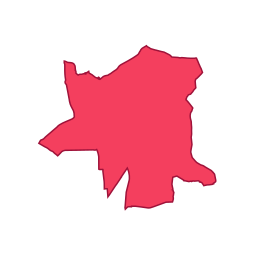 Dijk en Waard, Noord-Holland, Netherlands (Mercator projection), rotated 340°
{"feature_id": "6326949B1679798000878", "entity_name": "Dijk en Waard", "entity_type": "district", "adm_level": 2, "iso_a3": "NLD", "parent_name": "Netherlands", "parent_adm1": "Noord-Holland", "projection": "mercator", "projection_center": [4.81, 52.682], "detail": "fine", "context": "isolated", "style": "filled", "palette": "rose", "viewbox_px": 256, "rotation_deg": 340, "n_neighbors": 0, "source": "geoboundaries", "source_scale": "gbopen_adm2", "svg_char_len": 5533}
<svg xmlns="http://www.w3.org/2000/svg" viewBox="0 0 256 256"><g transform="rotate(340 128 128)"><path d="M189.4,209.7L189.3,209.2L191.8,208.5L192.0,208.4L192.1,208.2L192.3,207.9L192.6,207.1L193.5,201.2L193.5,200.9L192.9,199.2L192.8,198.9L192.7,198.5L192.5,198.4L191.9,196.8L191.5,196.2L191.0,195.6L187.6,191.5L187.2,191.0L186.1,189.5L185.5,188.9L185.0,188.5L184.6,188.2L183.6,187.4L180.8,184.0L180.0,182.3L178.3,177.9L178.3,176.7L178.6,173.0L178.8,171.9L179.8,170.0L182.3,165.7L182.5,165.2L183.8,160.0L183.9,159.5L184.1,158.6L184.2,158.3L185.4,156.1L185.8,155.2L186.9,151.9L187.6,150.2L188.1,148.8L188.3,148.0L188.8,146.2L189.0,145.5L189.5,144.0L189.7,142.8L189.8,141.4L189.9,140.6L190.0,139.9L190.4,138.4L190.6,137.7L191.6,135.8L191.9,135.4L192.2,135.0L193.1,134.3L193.7,133.9L195.4,131.6L195.7,131.4L195.6,130.8L194.4,127.1L193.3,123.8L193.2,123.8L193.1,123.5L192.5,121.8L192.5,121.7L192.2,121.5L192.2,121.4L192.4,120.7L192.5,120.6L193.3,119.8L193.9,119.0L195.4,118.1L195.7,117.7L196.3,117.5L198.2,117.6L198.4,117.6L201.3,116.0L202.7,114.9L203.0,114.7L205.4,113.5L205.5,113.4L205.7,112.4L206.2,110.4L207.0,107.5L207.0,107.2L207.2,106.9L208.2,105.4L208.4,105.3L210.0,104.8L212.6,103.6L213.8,103.0L215.1,102.4L216.5,101.6L217.0,101.3L217.0,100.9L217.0,99.3L217.0,98.6L217.0,97.8L217.0,97.3L216.7,94.8L216.7,93.9L216.5,91.6L216.5,90.6L216.4,88.5L216.3,87.9L216.3,86.9L216.2,85.9L216.2,85.7L215.6,85.4L214.4,85.3L214.1,85.1L213.8,85.0L213.2,84.8L210.2,83.7L207.6,82.6L206.8,82.2L205.5,81.6L202.7,80.3L202.4,80.2L201.6,80.1L201.0,79.9L200.5,79.7L199.1,78.8L194.5,76.8L194.2,76.7L193.6,76.4L193.4,76.1L192.7,74.5L192.4,74.0L191.5,72.9L189.7,71.0L188.0,69.2L187.8,69.0L186.5,68.2L185.4,67.5L182.2,65.3L181.2,64.6L180.1,63.9L176.8,61.5L176.2,61.0L175.6,60.0L175.1,59.5L174.0,58.2L173.7,57.7L173.5,57.0L169.3,57.8L168.5,58.0L167.7,58.4L166.9,58.8L166.6,59.1L165.5,60.1L165.1,60.3L163.4,61.8L162.7,62.3L161.0,62.8L158.2,63.5L156.0,64.0L151.0,64.9L143.1,66.1L142.6,66.2L141.7,66.5L140.9,66.8L139.8,67.5L138.9,68.2L138.0,68.7L136.7,69.2L133.7,69.9L130.3,70.9L129.0,71.1L128.3,71.2L127.9,71.4L127.1,71.5L126.7,71.5L126.4,71.4L124.5,71.1L124.0,71.1L123.3,71.1L122.6,71.2L122.3,71.2L120.5,71.9L119.5,72.3L118.3,72.7L117.8,72.5L117.5,72.3L117.3,72.1L117.1,71.8L118.3,71.3L117.8,70.2L117.7,70.2L116.3,70.7L116.2,70.5L115.2,69.8L114.8,69.4L114.0,68.3L113.6,67.6L113.4,67.2L113.1,66.9L112.8,66.3L112.6,65.9L111.1,64.1L110.5,63.4L110.3,63.2L110.3,62.3L110.5,61.3L110.3,61.3L108.8,61.8L108.5,61.8L108.4,61.8L108.3,62.0L106.8,61.6L106.9,62.2L106.9,62.7L106.7,62.7L106.4,62.6L105.5,62.0L105.3,61.9L103.4,61.7L102.8,61.7L102.1,61.4L100.8,61.0L100.6,61.0L99.4,61.2L99.2,61.1L98.5,60.0L97.8,58.6L97.9,58.4L98.2,57.8L98.3,57.6L98.4,56.5L98.4,56.4L98.2,56.0L98.2,55.7L98.3,55.5L98.4,55.4L98.5,55.4L98.6,54.8L99.1,53.0L99.3,52.2L99.4,51.8L99.4,51.5L99.4,50.9L99.1,49.8L99.0,49.1L98.6,48.6L97.7,47.7L97.0,47.3L96.1,46.8L93.9,45.8L93.3,45.3L92.2,44.2L91.8,43.8L91.0,43.3L90.3,45.1L90.4,45.4L90.4,46.0L90.4,46.3L90.2,46.9L90.0,47.7L89.8,48.1L89.6,48.8L88.3,52.3L87.2,55.7L86.9,56.8L86.5,58.3L85.8,61.6L85.6,61.9L85.5,62.1L85.0,62.6L84.7,63.0L84.5,63.6L84.4,64.4L84.4,64.6L84.5,65.0L84.8,65.8L84.9,66.0L84.9,66.5L83.8,73.5L82.5,81.3L82.2,82.7L82.0,84.6L81.9,85.7L81.9,86.3L82.0,88.3L82.3,90.6L82.5,92.0L82.6,92.9L82.6,93.6L82.5,94.6L82.4,95.5L82.2,96.3L81.5,98.5L81.4,98.9L81.4,99.2L80.7,99.7L80.0,100.0L78.9,100.3L78.5,100.4L73.1,100.7L71.3,100.8L68.5,101.0L65.2,101.5L64.0,101.8L63.3,102.0L61.2,103.0L60.1,103.4L47.6,108.1L46.3,108.7L44.7,109.5L44.4,109.4L43.7,109.5L43.3,109.6L42.5,109.5L41.9,109.6L41.6,109.7L41.2,110.0L39.0,111.9L43.4,117.2L44.6,118.4L45.5,119.5L45.7,119.8L47.2,122.3L47.7,122.9L48.2,123.4L48.9,124.0L49.4,124.6L49.7,125.1L49.8,125.5L50.5,126.9L51.5,128.4L52.4,130.1L53.8,129.5L57.2,127.8L57.8,127.5L58.5,127.4L59.3,127.3L59.7,127.3L60.7,127.4L61.7,127.6L63.3,128.2L64.2,128.5L67.7,129.7L74.0,131.9L87.4,136.5L87.8,136.6L88.5,137.1L89.9,137.6L91.2,137.5L91.3,138.9L91.3,140.6L91.1,142.6L90.8,144.4L90.7,144.9L90.4,145.8L86.5,156.7L86.5,156.8L86.7,157.0L86.8,157.1L87.2,157.3L89.4,158.1L89.7,158.2L89.9,158.2L90.2,158.4L90.1,158.8L90.0,159.2L89.7,159.8L88.0,167.1L87.5,169.3L87.2,170.5L87.1,170.8L86.6,172.4L86.3,173.2L84.9,177.2L85.4,177.3L86.7,177.6L87.7,178.1L85.6,185.8L86.6,185.1L86.9,185.0L97.2,177.4L97.4,177.4L103.8,172.7L104.8,172.0L104.7,171.9L113.6,165.4L113.7,167.0L113.7,167.5L113.7,169.0L113.6,169.8L113.4,170.9L113.0,173.1L112.7,174.0L112.0,176.0L111.6,176.9L111.4,177.3L104.4,187.7L98.5,200.7L98.0,201.6L97.8,202.7L97.7,203.4L100.3,202.2L100.8,202.1L101.2,202.1L101.8,202.2L104.3,203.2L104.5,202.7L108.3,204.1L113.2,206.6L119.6,210.0L121.2,210.5L122.1,210.6L125.1,210.7L132.6,210.7L137.7,210.7L138.2,210.7L138.9,210.9L144.5,212.7L145.3,211.7L146.3,210.2L146.7,209.1L146.8,208.6L147.0,207.7L147.9,206.4L148.1,205.9L148.2,205.6L148.9,204.6L149.0,204.3L148.9,203.9L149.0,203.9L149.0,203.5L148.9,203.0L149.0,202.4L149.0,201.7L148.9,201.6L149.0,201.6L149.1,201.3L149.3,200.6L149.6,198.5L149.9,196.7L150.0,195.8L150.1,195.7L153.2,189.6L156.9,189.8L157.1,189.8L157.6,190.0L162.0,195.4L162.5,196.0L162.3,196.4L162.4,196.6L162.5,196.7L163.3,197.0L163.8,197.3L166.9,199.2L169.1,199.5L169.3,199.7L169.4,200.0L169.5,200.0L169.9,200.0L170.3,199.9L171.2,200.1L172.4,200.7L175.9,201.6L176.0,201.6L177.1,202.8L176.8,203.2L176.9,203.3L177.6,203.7L178.2,204.1L178.4,204.3L178.6,204.5L178.8,205.1L179.4,207.3L179.5,208.1L182.0,208.4L183.1,208.6L185.1,209.2L187.9,209.8L189.4,209.7Z" fill="#f43f5e" stroke="#9f1239" stroke-width="1.5"/></g></svg>